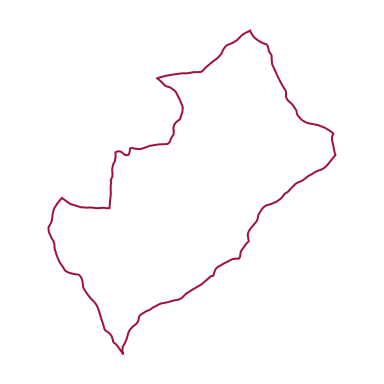 Lamgong, Paro, Bhutan, rotated 174°
{"feature_id": "84629894B22495376544480", "entity_name": "Lamgong", "entity_type": "district", "adm_level": 2, "iso_a3": "BTN", "parent_name": "Bhutan", "parent_adm1": "Paro", "projection": "mercator", "projection_center": [89.36, 27.439], "detail": "fine", "context": "isolated", "style": "outline", "palette": "rose", "viewbox_px": 384, "rotation_deg": 174, "n_neighbors": 0, "source": "geoboundaries", "source_scale": "gbopen_adm2", "svg_char_len": 4772}
<svg xmlns="http://www.w3.org/2000/svg" viewBox="0 0 384 384"><g transform="rotate(174 192 192)"><path d="M277.3,37.5L277.8,41.2L277.5,43.7L277.1,45.1L276.6,46.0L275.8,47.1L275.1,48.1L273.7,50.2L272.7,52.0L271.4,55.1L270.8,56.6L269.9,58.8L268.8,60.6L267.4,62.1L265.3,64.1L262.0,66.2L261.0,66.9L259.5,68.5L258.9,69.5L258.5,70.5L257.8,73.0L257.1,74.4L255.7,75.5L252.6,76.9L250.3,78.1L248.6,78.7L246.9,78.9L245.9,79.5L242.9,81.2L234.8,84.3L227.9,84.9L222.6,85.9L216.6,86.4L213.3,87.6L208.5,91.5L202.3,94.6L192.1,99.2L181.8,106.4L180.5,106.4L179.3,106.7L178.9,108.2L178.2,109.7L177.5,111.2L176.3,113.1L173.8,115.0L171.5,115.8L169.2,117.0L167.2,117.8L164.5,118.9L163.5,119.0L162.5,119.6L160.7,120.4L158.9,121.0L155.9,121.1L153.5,121.0L152.0,121.0L151.1,122.4L150.6,124.0L150.2,126.1L149.5,127.9L147.8,130.0L145.8,132.2L143.5,134.8L141.4,136.5L140.6,137.4L140.9,139.8L141.0,142.0L141.1,143.3L140.5,145.3L139.7,146.9L138.5,148.5L136.8,150.3L135.0,152.1L132.0,154.9L131.2,155.7L130.6,156.4L130.0,157.4L129.4,158.9L128.9,160.6L128.2,162.5L127.4,163.7L126.1,165.3L125.3,166.4L124.5,167.5L122.6,169.2L121.1,170.1L119.4,170.9L116.9,171.4L115.1,171.7L112.2,172.5L109.9,173.2L108.5,173.8L105.6,175.5L103.8,176.6L102.8,177.6L100.5,180.1L99.6,180.8L98.7,181.2L97.3,181.7L96.0,182.7L92.7,185.6L91.1,186.9L88.2,189.2L86.7,190.0L85.7,190.4L83.9,190.8L82.6,191.3L81.3,191.8L78.7,193.1L77.2,194.1L76.3,194.8L74.8,195.6L73.2,196.4L71.7,196.9L70.8,197.3L69.6,197.9L68.0,198.7L66.4,199.5L64.6,199.9L62.2,200.5L60.6,200.9L58.8,201.7L57.0,202.8L55.9,203.5L54.0,205.3L52.1,207.2L45.4,213.9L45.9,215.4L46.1,217.5L46.8,224.3L47.2,228.3L47.3,229.6L47.1,231.5L46.6,233.1L45.4,235.0L45.8,235.9L46.6,236.8L47.6,237.7L49.2,239.1L53.5,242.2L55.9,243.4L59.7,245.4L66.3,247.4L69.9,248.5L71.8,249.7L74.4,251.4L75.9,252.9L77.0,254.3L77.9,255.8L78.8,257.1L79.3,258.2L79.5,259.3L79.6,261.9L80.0,262.9L81.3,265.3L82.6,267.8L83.3,268.7L84.7,270.5L86.7,272.6L87.6,274.0L88.1,275.2L88.6,277.0L88.4,278.2L88.2,279.8L88.1,281.4L88.2,282.4L88.5,283.4L90.1,286.7L91.2,289.0L94.1,296.3L98.0,308.0L98.9,310.4L98.9,312.1L98.9,315.0L98.7,317.7L98.6,319.4L98.9,320.4L99.6,321.7L100.8,323.7L100.9,325.0L101.0,326.9L101.3,328.4L101.8,329.9L102.8,331.3L105.4,332.3L109.0,334.7L112.0,337.2L113.9,339.2L115.1,341.0L116.1,343.0L117.1,345.2L117.3,346.5L119.4,345.5L121.3,345.1L123.1,344.2L125.3,343.2L127.9,341.2L129.7,339.6L131.2,338.4L133.4,337.3L135.9,336.1L138.1,335.4L140.2,334.8L141.2,334.6L142.2,334.1L143.8,332.9L146.2,330.2L147.2,328.3L148.4,326.3L150.2,324.6L152.5,322.6L155.9,320.6L158.5,319.1L162.0,316.7L165.7,314.1L168.1,312.0L169.3,311.1L170.4,310.5L172.6,310.5L177.7,311.0L183.2,310.6L185.9,310.6L188.3,311.0L191.9,311.0L198.5,310.8L204.8,310.4L212.8,309.2L214.7,308.7L211.2,305.1L209.2,302.4L207.3,300.2L202.6,298.2L197.9,293.8L195.6,288.0L194.2,284.1L192.3,277.2L193.3,272.2L195.3,268.3L196.1,265.8L200.2,263.3L202.7,260.8L203.8,257.7L203.8,254.7L204.3,251.1L206.5,248.5L207.8,246.5L208.2,245.0L208.9,244.2L210.5,242.7L211.9,242.3L220.5,242.8L229.3,242.3L237.6,240.2L241.1,240.3L245.0,241.3L247.4,242.2L249.1,241.6L249.4,239.8L250.4,236.9L251.1,235.8L252.2,235.4L254.1,235.7L255.1,236.2L257.9,239.0L259.1,239.8L260.6,240.2L262.1,240.1L264.0,239.5L264.2,237.3L264.2,234.9L265.0,233.1L265.1,232.0L265.4,230.8L266.2,229.8L267.7,227.3L269.1,222.7L269.2,218.5L269.5,215.8L271.6,212.1L271.3,210.4L271.5,209.3L271.8,208.2L272.1,207.1L272.3,206.2L273.0,198.4L273.3,196.6L273.6,195.5L273.8,194.3L274.1,193.3L274.3,192.0L274.5,191.0L274.8,189.7L275.0,188.5L275.3,187.2L275.5,186.0L275.8,184.5L279.4,184.9L281.4,185.6L286.0,185.7L289.2,186.0L291.8,186.7L294.8,187.2L298.9,187.5L301.9,188.1L303.1,188.3L304.3,188.5L307.5,189.9L310.9,191.4L313.5,192.4L314.4,192.9L317.0,195.1L318.0,196.0L322.0,199.7L325.1,196.8L327.1,194.7L328.1,193.4L329.5,191.7L330.9,189.9L331.8,187.6L332.9,184.7L333.4,182.2L333.8,180.4L334.3,178.5L335.0,176.8L335.7,175.7L337.0,173.8L337.9,172.8L338.4,171.7L338.6,169.0L338.5,167.3L338.1,165.6L337.5,164.2L336.9,162.1L336.1,160.1L334.9,157.6L334.6,156.4L334.3,154.5L334.5,151.6L334.5,150.1L334.4,149.1L333.8,146.5L333.5,144.6L332.6,141.1L332.0,139.3L331.6,137.9L330.5,135.0L329.3,133.0L327.8,130.2L327.0,128.1L326.3,127.1L325.3,126.2L324.2,125.4L323.2,124.8L321.3,124.0L319.1,123.1L317.7,122.7L315.8,122.2L314.5,122.0L312.9,121.3L311.7,119.6L310.8,117.6L310.5,116.3L310.3,114.8L310.2,110.6L310.2,109.6L310.0,108.0L309.5,106.8L307.6,102.9L306.4,100.8L305.5,99.3L303.1,95.8L301.5,93.9L299.6,91.2L298.3,88.4L297.8,86.7L297.1,83.8L296.5,81.0L296.0,78.4L295.6,75.9L294.5,71.1L294.1,68.7L293.4,64.9L292.7,63.5L290.2,61.3L288.3,59.4L287.8,58.4L287.1,57.3L286.7,55.9L286.2,53.3L286.1,51.6L285.4,50.2L283.9,48.9L282.9,47.6L282.0,46.2L278.7,40.3L277.3,37.5Z" fill="none" stroke="#9f1239" stroke-width="2"/></g></svg>